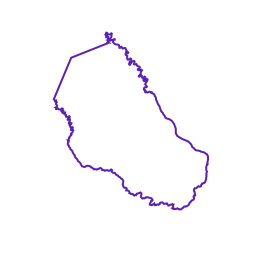 outline of Tame, Arauca, Colombia, rotated 246°
{"feature_id": "7082276B91596510708856", "entity_name": "Tame", "entity_type": "district", "adm_level": 2, "iso_a3": "COL", "parent_name": "Colombia", "parent_adm1": "Arauca", "projection": "natural_earth1", "projection_center": [-71.956, 6.385], "detail": "fine", "context": "isolated", "style": "outline", "palette": "violet", "viewbox_px": 256, "rotation_deg": 246, "n_neighbors": 0, "source": "geoboundaries", "source_scale": "gbopen_adm2", "svg_char_len": 5839}
<svg xmlns="http://www.w3.org/2000/svg" viewBox="0 0 256 256"><g transform="rotate(246 128 128)"><path d="M36.8,135.7L35.6,136.4L35.4,137.5L35.1,137.6L34.5,138.5L34.5,140.6L33.8,140.9L33.4,141.5L32.8,141.7L32.1,143.2L32.5,144.3L32.8,146.3L33.1,146.6L33.3,147.3L33.2,148.0L32.8,148.4L32.9,149.1L32.7,149.3L32.6,150.0L32.9,151.7L33.5,152.8L34.6,153.8L34.7,154.5L35.4,155.4L35.3,155.9L35.9,157.0L35.9,158.8L36.9,159.9L38.3,159.8L38.8,160.1L39.4,160.9L39.0,161.4L39.1,162.0L40.0,162.0L40.5,162.4L41.5,162.5L42.5,162.9L43.3,162.7L44.3,162.9L45.5,163.8L45.8,164.4L45.4,165.0L45.3,166.0L46.2,168.6L45.1,169.7L45.1,170.9L46.3,171.8L47.0,173.0L46.7,173.3L47.1,174.6L46.8,175.3L47.0,176.1L49.5,178.7L50.4,178.9L51.6,179.9L52.5,180.1L53.4,180.8L54.3,180.9L55.9,182.3L57.7,182.4L60.7,183.7L61.4,184.2L62.1,185.3L62.2,185.1L63.0,185.6L63.3,186.3L64.4,186.7L67.1,188.6L70.0,189.6L72.2,189.3L73.2,188.4L74.6,187.8L76.5,185.3L77.9,184.2L80.3,180.7L83.2,179.8L84.6,178.9L87.2,179.1L91.5,177.4L95.2,173.7L99.3,170.6L100.8,169.8L103.6,169.5L108.3,171.5L113.4,171.7L116.1,171.1L117.5,170.5L119.3,169.2L121.5,166.7L122.6,166.3L124.1,166.4L126.1,165.9L127.9,165.9L129.2,165.2L130.5,165.1L135.4,165.6L137.2,165.1L141.3,165.3L142.3,165.1L144.3,165.7L145.7,165.7L146.2,165.4L148.0,165.7L148.7,165.4L150.0,164.1L150.7,164.3L150.9,163.5L151.7,163.5L151.9,162.9L152.5,162.4L152.4,160.8L152.8,159.7L153.9,159.4L153.5,158.5L153.7,158.3L154.2,158.3L154.7,159.1L155.6,159.1L156.4,158.2L157.6,158.6L158.3,159.6L157.8,161.2L157.9,161.9L158.5,162.1L160.4,161.5L161.2,161.6L161.7,162.0L162.5,163.7L164.1,165.5L164.6,165.6L165.1,164.9L164.8,163.9L164.1,162.9L164.3,161.9L165.0,161.5L165.6,161.6L166.2,162.5L166.4,163.7L167.0,164.4L167.7,164.4L168.2,163.9L167.8,162.7L167.8,161.9L168.1,161.5L168.8,161.4L170.2,161.9L171.1,161.5L171.0,160.8L170.2,159.5L170.3,159.1L170.8,158.9L171.3,159.2L171.5,160.3L172.5,161.7L174.4,162.7L174.6,163.6L175.0,164.3L176.0,163.8L176.4,161.4L177.2,160.6L177.8,161.1L178.0,162.8L178.7,163.5L180.1,162.8L180.5,162.1L181.5,161.5L182.3,161.7L183.0,161.6L183.4,159.8L183.9,159.4L185.9,161.0L186.6,161.0L187.0,159.7L186.8,158.1L185.0,155.7L184.9,155.3L185.2,155.0L186.0,155.0L187.0,156.0L187.5,156.1L188.7,158.4L189.8,159.0L190.4,158.7L190.6,157.8L190.3,156.2L190.5,155.6L190.9,155.4L192.6,155.7L194.1,156.7L195.6,155.7L196.5,155.8L196.7,156.8L196.4,158.4L197.0,159.0L197.3,158.8L197.4,157.6L197.9,157.0L198.2,157.1L199.1,158.3L200.8,158.0L201.9,158.2L202.6,157.4L202.6,155.9L202.8,155.4L204.8,155.1L204.8,154.4L204.4,153.4L204.7,152.8L207.3,153.5L208.1,152.9L209.6,150.4L210.7,149.8L212.4,149.3L213.9,149.7L214.2,150.7L214.0,151.8L214.5,152.0L214.8,151.6L214.8,149.1L215.1,148.7L215.0,147.7L215.6,147.4L217.1,148.2L217.5,149.4L218.2,150.0L219.5,150.6L220.8,151.6L221.3,151.2L220.8,149.7L221.2,148.5L222.0,147.8L223.2,147.7L223.9,147.0L223.5,146.4L222.5,146.1L222.4,145.4L222.0,145.5L222.0,146.2L221.5,145.7L221.4,145.9L221.6,146.1L221.1,146.6L220.9,146.4L221.3,146.0L220.7,145.6L220.8,146.0L219.7,146.1L219.4,146.6L219.0,146.0L218.7,146.3L218.3,146.2L218.4,146.6L217.3,146.5L217.3,146.9L216.6,146.9L216.6,145.8L216.3,146.2L215.8,145.8L215.8,145.5L216.1,145.6L216.1,145.1L215.3,145.2L215.2,145.0L215.0,145.5L214.8,145.2L214.4,145.3L214.8,144.9L214.6,144.4L214.2,144.2L214.0,144.7L213.8,144.5L214.0,143.9L213.7,143.8L215.3,104.7L184.4,71.9L183.3,72.4L181.9,72.2L181.8,72.5L182.0,73.2L181.2,72.9L180.5,73.4L179.8,72.3L178.9,71.9L177.4,72.4L177.0,72.3L176.3,71.2L176.2,70.3L175.3,71.2L174.9,70.1L174.6,70.0L174.3,70.5L174.2,71.8L173.1,72.4L172.7,73.5L171.8,74.2L171.9,74.6L172.7,75.4L172.4,76.2L172.0,76.3L171.5,75.9L171.1,74.5L170.7,74.0L170.2,74.1L170.4,75.7L170.1,76.0L169.6,75.9L168.9,74.4L168.5,74.3L168.2,74.5L167.7,76.8L167.4,76.6L167.0,75.7L166.5,75.5L166.2,75.6L165.4,76.7L163.7,76.0L163.3,76.1L162.8,77.2L162.6,79.3L162.1,79.4L161.7,79.2L161.0,77.7L160.8,76.8L160.2,76.2L159.8,76.5L159.8,78.2L159.6,78.5L158.1,77.8L157.2,76.4L156.3,75.8L155.9,75.9L155.7,76.4L155.8,77.8L155.4,78.3L154.8,77.9L154.5,76.8L154.6,76.0L154.2,75.7L153.5,76.0L152.2,75.8L151.7,76.4L151.5,77.5L150.8,77.8L150.0,77.1L150.2,75.5L149.6,75.0L149.2,75.3L148.5,77.0L148.0,77.0L147.8,76.5L146.5,75.4L146.1,73.6L145.6,73.4L144.9,73.7L144.5,73.1L144.5,72.4L143.7,71.6L143.6,70.8L143.0,70.0L142.3,70.1L141.8,69.0L141.1,68.6L140.4,68.7L140.3,68.2L140.7,67.9L139.0,67.7L138.7,66.9L137.8,66.4L137.2,66.6L136.5,66.4L136.1,66.7L134.7,66.5L133.3,67.0L131.9,66.8L129.9,67.8L128.5,67.6L126.0,67.8L124.7,68.3L124.1,68.0L122.6,67.9L120.2,68.9L117.9,68.9L117.3,69.4L115.6,70.1L111.8,70.4L110.2,72.1L110.0,73.0L110.2,75.0L109.3,76.9L107.7,78.3L107.2,78.2L106.2,79.2L104.1,80.0L104.0,81.0L102.8,82.3L102.9,83.1L102.6,83.6L102.8,86.5L101.4,87.4L99.9,87.4L99.5,88.8L98.4,89.4L98.1,91.8L96.9,92.7L96.9,93.0L96.6,93.5L96.5,95.0L97.0,95.4L96.8,95.9L95.9,96.3L95.3,95.4L94.6,95.3L93.1,96.2L92.2,97.8L90.5,97.9L88.9,99.3L87.6,99.6L87.1,99.9L86.8,100.4L84.2,101.3L83.9,101.8L83.2,102.0L81.7,102.2L79.8,101.2L78.9,100.4L76.0,99.9L74.8,100.4L74.2,101.9L73.8,102.1L72.8,102.1L71.7,101.0L70.9,102.5L70.1,103.1L68.4,103.2L68.0,102.8L67.4,103.5L66.4,103.9L66.4,104.5L65.4,105.7L64.4,105.7L63.6,106.4L63.9,107.4L63.9,108.0L63.5,108.3L64.4,109.6L64.3,110.6L63.9,111.5L64.1,113.0L63.0,113.7L61.7,113.2L61.3,112.7L59.7,111.8L57.7,112.4L57.5,112.8L57.6,113.8L57.1,114.5L57.0,115.6L57.4,116.2L56.8,117.7L54.4,120.6L53.9,121.0L52.9,120.9L52.2,121.2L51.7,120.7L51.9,119.4L50.6,118.3L49.9,117.1L49.1,116.8L48.6,117.1L48.0,118.1L47.9,118.9L48.4,121.4L47.8,121.4L47.2,120.8L46.7,121.1L46.1,122.1L46.3,123.3L45.9,124.2L45.5,124.5L45.6,125.0L45.5,125.9L46.4,126.4L46.6,127.4L46.1,129.1L44.7,129.6L44.0,130.1L44.0,130.9L43.5,131.9L42.7,132.6L42.9,133.0L40.7,133.3L40.5,133.8L40.7,135.9L40.2,136.8L40.4,137.7L39.8,137.9L39.6,138.3L39.0,137.6L37.6,137.2L36.8,135.7Z" fill="none" stroke="#5b21b6" stroke-width="2"/></g></svg>